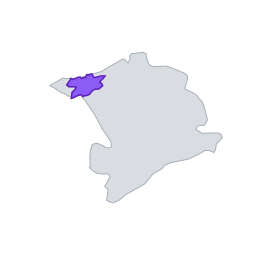 where Bar sits in Montenegro, rotated 116°
{"feature_id": "MNE-1496", "entity_name": "Bar", "entity_type": "Municipality", "adm_level": 1, "iso_a3": "MNE", "parent_name": "Montenegro", "parent_adm1": "", "projection": "mercator", "projection_center": [19.125, 42.167], "detail": "fine", "context": "in_parent", "style": "filled", "palette": "violet", "viewbox_px": 256, "rotation_deg": 116, "n_neighbors": 0, "source": "natural_earth", "source_scale": "10m", "svg_char_len": 1872}
<svg xmlns="http://www.w3.org/2000/svg" viewBox="0 0 256 256"><g transform="rotate(116 128 128)"><path d="M112.6,40.1L112.4,41.4L112.7,45.3L114.5,49.0L120.7,52.9L129.8,60.5L140.5,74.5L145.4,78.7L149.8,79.7L158.4,85.5L164.4,86.9L171.1,88.5L188.6,100.6L196.4,104.1L202.0,108.7L202.6,113.0L202.4,115.6L192.3,118.7L190.5,123.4L185.6,122.9L179.7,122.8L177.8,125.8L180.6,130.7L182.5,136.5L181.0,144.4L180.5,145.4L179.1,145.1L170.7,149.7L164.5,151.9L158.9,152.9L156.3,150.8L155.0,147.8L155.2,139.1L154.2,136.2L152.3,134.7L148.5,136.8L144.0,143.5L139.9,151.3L133.7,159.4L128.6,167.2L123.1,176.9L119.3,185.0L123.2,189.6L125.6,195.9L124.9,200.7L125.6,203.4L124.4,211.7L124.1,216.9L111.9,208.6L106.9,196.8L89.1,176.9L68.7,163.3L67.6,161.2L68.8,158.6L69.7,156.5L65.5,156.3L62.5,158.0L59.7,157.5L56.5,152.4L53.5,148.0L53.4,144.1L54.7,143.6L56.8,142.0L61.1,137.7L61.9,135.4L61.7,132.0L55.7,121.0L54.8,113.9L54.0,100.6L55.2,97.5L57.4,96.0L68.0,94.3L67.9,83.9L68.5,80.8L70.6,76.5L71.9,72.6L77.8,66.9L85.8,60.2L89.2,60.0L92.3,60.9L95.7,66.7L99.5,65.9L100.3,59.0L95.3,49.8L92.7,44.0L93.5,40.8L95.4,39.1L99.6,40.1L103.6,41.7L106.2,40.7L110.2,39.8L112.6,40.1Z" fill="#d9dde1" stroke="#a8b0b8" stroke-width="1"/><path d="M119.5,182.3L118.9,183.0L118.6,184.2L119.4,185.8L120.6,187.2L125.1,190.6L126.3,192.0L125.3,192.3L120.6,193.9L119.1,193.5L116.3,192.5L114.1,192.5L114.7,194.8L116.9,199.3L116.3,202.0L108.9,201.0L108.4,201.1L108.3,198.7L103.8,194.6L103.2,193.1L103.9,191.6L103.4,191.0L102.4,190.5L101.2,188.4L98.2,188.5L97.6,187.4L97.4,186.2L97.0,186.0L96.5,186.0L96.0,185.6L95.2,183.9L97.5,181.2L97.1,179.8L95.3,177.7L93.1,175.2L91.8,172.7L91.3,171.4L94.3,172.0L97.5,173.3L99.3,173.3L99.6,171.0L101.1,169.3L104.9,170.9L105.9,171.5L106.7,173.1L108.0,175.0L109.7,176.1L112.1,176.9L114.4,177.3L116.1,178.5L118.6,181.7L119.5,182.3Z" fill="#8b5cf6" stroke="#5b21b6" stroke-width="1.5"/></g></svg>